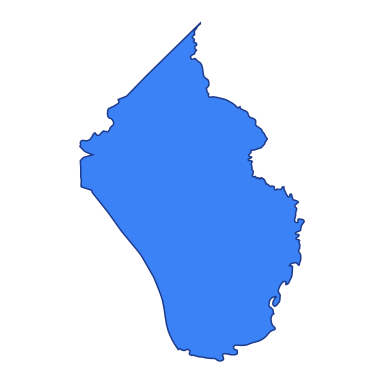 the district of San Miguelito, Panama, rotated 90°
{"feature_id": "35544464B70550696695084", "entity_name": "San Miguelito", "entity_type": "district", "adm_level": 2, "iso_a3": "PAN", "parent_name": "Panama", "parent_adm1": "", "projection": "natural_earth1", "projection_center": [-79.491, 9.058], "detail": "fine", "context": "isolated", "style": "filled", "palette": "blue", "viewbox_px": 384, "rotation_deg": 90, "n_neighbors": 0, "source": "geoboundaries", "source_scale": "gbopen_adm2", "svg_char_len": 5964}
<svg xmlns="http://www.w3.org/2000/svg" viewBox="0 0 384 384"><g transform="rotate(90 192 192)"><path d="M219.9,80.6L219.4,81.8L219.0,84.9L219.1,85.6L219.4,86.0L222.1,86.1L222.4,86.3L222.7,86.8L222.5,88.0L221.7,88.9L221.2,89.3L220.6,89.5L220.1,89.5L215.5,88.4L212.5,88.3L209.0,87.3L208.4,87.4L206.7,88.9L206.1,89.2L205.6,89.1L204.8,88.7L202.8,86.2L202.3,85.8L201.9,85.7L201.6,86.0L201.1,86.9L200.4,88.6L199.9,90.4L199.5,91.0L198.8,91.3L195.1,92.3L194.1,92.8L194.1,93.5L194.6,94.1L195.3,94.3L196.3,94.2L196.7,94.5L197.0,95.3L196.8,95.9L195.8,96.6L193.8,97.9L191.3,98.9L189.6,99.8L186.8,100.2L186.8,101.0L187.1,101.6L188.6,102.4L189.5,103.5L189.5,104.6L189.0,106.8L190.0,108.2L190.1,108.9L189.8,109.3L189.2,109.5L187.7,109.8L187.0,109.7L186.6,109.9L186.2,110.8L186.0,112.2L186.6,113.5L184.3,116.4L184.0,117.0L184.0,118.0L183.7,118.1L182.6,118.1L181.8,118.9L180.9,119.0L179.9,119.4L179.5,119.9L179.5,120.4L178.8,120.6L178.6,121.6L178.1,121.7L177.9,122.0L177.7,122.5L177.9,123.2L179.0,123.9L179.1,124.3L178.9,124.8L178.3,124.8L177.8,125.4L177.8,126.1L178.3,127.3L178.3,127.7L176.5,128.3L176.7,130.7L176.5,131.4L176.1,131.7L175.2,131.7L174.4,131.1L173.7,131.0L171.3,130.8L170.8,131.0L169.5,132.0L167.3,132.0L164.3,132.7L163.6,132.7L161.4,131.8L160.9,132.4L160.6,135.3L160.2,135.7L159.7,135.9L159.3,135.8L158.1,133.2L157.5,132.6L157.1,132.4L156.9,132.7L156.5,134.6L155.4,135.2L154.6,135.2L154.1,134.5L152.4,133.0L151.9,132.9L150.9,133.1L150.3,132.8L149.8,128.9L148.5,125.4L148.0,123.4L147.0,122.1L144.0,119.4L142.6,119.1L142.0,118.5L141.4,118.4L140.3,117.8L139.3,116.9L139.0,116.8L138.3,116.9L137.9,117.5L136.9,118.2L133.8,119.7L131.1,121.9L129.9,122.2L129.6,122.4L128.7,123.4L126.1,127.3L125.3,128.2L124.6,128.4L120.7,128.3L120.1,128.5L118.8,130.0L117.2,134.0L116.7,134.8L116.3,135.1L112.9,136.3L112.2,136.7L111.3,137.9L108.8,143.3L108.2,143.8L106.7,144.0L107.9,146.1L106.8,147.4L105.1,149.1L103.4,151.3L101.3,154.9L99.9,157.8L99.1,160.0L97.4,167.1L96.8,171.1L97.2,174.1L96.9,175.1L96.5,175.5L95.5,175.7L93.8,175.3L92.7,176.5L91.9,177.0L90.7,177.1L89.0,177.5L87.7,177.2L86.2,175.6L85.3,175.2L84.5,175.1L81.6,175.3L80.5,175.7L79.9,176.1L77.2,179.6L76.4,180.1L74.6,180.6L67.5,181.6L64.9,182.4L63.7,183.1L62.9,183.7L61.4,185.9L60.1,187.4L58.8,188.4L58.6,188.9L58.6,189.5L59.4,191.5L59.4,192.0L59.0,192.5L57.3,193.6L56.5,193.4L55.2,192.2L53.8,189.5L53.3,189.2L52.4,189.3L51.9,189.1L50.4,187.5L50.1,187.6L48.9,189.0L47.0,189.2L46.1,188.9L45.2,187.5L44.7,187.3L44.3,187.3L43.0,188.0L42.7,188.6L42.4,189.9L42.1,190.3L41.6,190.5L40.7,189.8L39.7,189.6L39.0,189.9L37.7,191.5L37.0,191.7L36.3,191.5L36.0,191.3L35.1,189.8L34.6,189.4L33.8,189.4L32.0,189.7L30.8,189.4L29.5,188.6L28.5,187.5L26.7,186.8L24.9,185.0L23.9,183.7L23.6,183.6L23.0,183.7L75.4,237.2L96.2,257.4L99.5,265.8L100.1,265.8L101.0,265.2L101.9,265.1L102.8,265.2L103.4,265.7L104.5,267.5L105.8,269.4L108.7,275.5L110.2,276.1L111.3,276.4L114.2,276.5L116.1,276.3L116.9,275.8L118.0,274.8L118.7,272.8L119.7,271.7L121.3,270.8L123.4,270.3L124.6,270.6L127.5,273.6L130.0,274.7L131.3,275.6L131.7,276.2L131.8,276.7L131.0,280.6L132.3,282.1L134.9,284.5L135.4,285.7L135.2,286.7L134.8,287.5L134.3,288.0L133.3,288.4L133.0,288.7L132.9,289.0L133.1,289.7L134.2,290.7L137.3,292.3L138.4,293.3L139.3,293.8L139.8,294.3L140.9,297.5L140.4,300.8L140.4,301.5L140.7,302.2L141.2,303.0L142.0,303.6L142.5,303.7L144.1,303.6L145.2,303.3L146.5,304.1L150.6,300.2L151.6,298.9L152.9,296.2L154.8,291.2L157.1,299.3L157.5,300.3L158.1,301.3L158.9,302.1L160.7,303.6L161.4,303.7L168.0,303.2L176.2,303.3L180.5,302.7L185.0,303.0L186.5,302.9L186.9,302.5L190.3,292.3L191.9,292.0L193.4,291.0L212.4,275.9L231.1,262.6L250.8,246.3L254.7,243.4L257.8,241.4L277.5,230.1L290.7,224.8L296.2,222.8L300.5,221.5L308.5,219.9L317.7,218.6L325.2,217.3L330.4,215.9L334.9,214.2L339.9,211.8L344.1,209.4L349.6,205.7L349.0,204.9L348.8,204.1L349.7,202.7L350.2,201.6L350.4,200.8L350.5,199.6L350.2,198.5L349.3,196.9L349.4,196.1L350.3,194.7L351.1,194.1L351.8,194.1L353.3,194.7L354.0,194.6L354.7,194.0L355.1,193.2L355.3,192.2L355.2,190.4L356.3,187.1L356.9,184.1L356.9,183.0L357.1,181.3L358.0,177.7L358.0,176.2L358.4,173.5L358.5,169.5L358.8,168.5L360.3,166.6L360.8,165.0L361.0,163.5L360.4,161.7L359.8,160.8L359.5,160.6L358.8,160.4L358.2,160.5L356.5,161.0L355.3,161.5L354.5,161.3L353.9,160.7L353.7,159.5L353.7,157.8L354.7,153.1L354.8,150.3L354.8,149.6L354.4,147.7L353.9,147.0L353.0,146.6L350.3,146.9L350.0,147.3L349.8,148.6L348.6,150.3L348.2,150.5L347.0,150.5L345.5,149.4L345.1,148.1L345.4,143.3L345.3,140.2L344.9,137.2L342.9,132.1L341.6,127.2L340.5,123.9L338.2,120.1L335.8,117.5L333.3,115.4L331.7,113.9L331.0,112.8L330.2,111.3L329.9,109.9L329.4,109.2L328.7,108.8L328.1,108.9L327.4,109.4L326.0,110.9L325.0,111.7L322.4,112.6L318.7,113.1L316.8,112.6L314.6,111.7L313.9,110.2L312.9,110.6L310.6,110.9L309.5,111.3L307.6,113.1L306.7,114.6L306.2,115.0L304.8,115.1L301.4,114.6L299.2,113.6L298.1,112.5L297.4,111.4L296.7,109.8L296.5,108.9L296.5,108.1L296.7,107.8L297.0,107.8L298.3,109.3L301.3,110.7L302.6,111.1L304.0,111.1L304.9,110.9L305.4,110.5L306.0,109.9L306.2,109.4L306.1,108.8L305.8,108.1L304.5,106.8L302.0,104.8L301.1,104.4L300.1,104.2L295.2,103.8L294.5,104.1L292.1,105.5L291.1,105.7L289.4,105.5L286.0,104.1L284.6,103.3L282.8,101.8L281.8,100.8L281.4,100.0L281.5,98.8L282.1,97.9L282.5,97.9L283.6,98.4L284.6,97.9L284.6,97.5L284.0,96.3L282.9,95.4L277.9,92.9L276.3,92.3L273.3,91.8L266.6,91.5L266.2,91.8L265.8,92.4L265.9,94.5L265.5,94.5L264.1,93.4L263.6,92.6L263.1,91.2L262.7,88.6L262.7,87.9L263.1,87.3L265.2,85.4L265.1,85.0L264.5,84.6L263.1,84.5L260.3,83.4L258.2,83.2L255.7,83.3L254.1,83.6L253.5,83.9L252.3,85.1L251.2,85.4L249.6,85.1L248.5,84.4L245.0,84.1L241.7,85.2L240.6,84.4L239.7,85.2L239.3,87.6L239.0,87.9L238.6,88.0L238.2,88.0L237.8,87.6L236.0,85.1L235.3,84.9L235.0,85.1L234.6,85.5L234.1,88.1L233.8,88.6L233.4,88.7L232.7,88.3L232.1,87.6L230.8,84.1L230.4,83.5L226.1,82.8L224.0,81.5L222.1,80.0L221.7,79.9L221.0,79.9L220.5,80.2L219.9,80.6Z" fill="#3b82f6" stroke="#1e3a8a" stroke-width="1.5"/></g></svg>